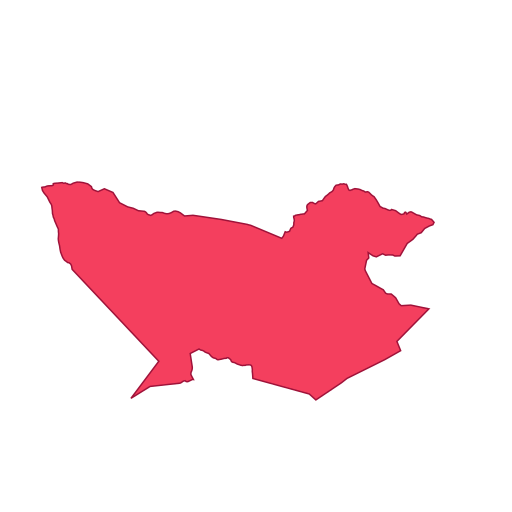 Santiago Atitlán, Oaxaca, Mexico, rotated 154°
{"feature_id": "50627088B29735137627697", "entity_name": "Santiago Atitlán", "entity_type": "district", "adm_level": 2, "iso_a3": "MEX", "parent_name": "Mexico", "parent_adm1": "Oaxaca", "projection": "robinson", "projection_center": [-95.925, 17.09], "detail": "fine", "context": "isolated", "style": "filled", "palette": "rose", "viewbox_px": 512, "rotation_deg": 154, "n_neighbors": 0, "source": "geoboundaries", "source_scale": "gbopen_adm2", "svg_char_len": 4185}
<svg xmlns="http://www.w3.org/2000/svg" viewBox="0 0 512 512"><g transform="rotate(154 256 256)"><path d="M172.7,276.8L174.0,277.1L175.9,277.7L177.5,277.2L179.5,276.7L180.5,277.5L181.8,279.4L183.8,280.3L187.2,279.6L188.4,278.6L189.0,277.4L189.5,275.8L189.7,274.5L190.8,274.0L194.1,272.6L195.1,273.1L196.6,273.5L197.5,273.9L199.1,274.2L200.1,274.6L202.8,275.3L203.6,275.0L204.7,275.3L205.3,273.9L205.4,272.8L206.2,270.7L207.3,269.5L208.4,267.4L210.3,265.7L212.1,265.7L212.7,265.5L215.0,263.5L216.8,263.7L218.2,264.0L219.1,265.0L220.9,263.4L222.8,261.7L224.4,261.0L225.1,260.6L247.3,285.9L249.4,287.6L249.7,288.0L271.1,304.0L288.9,316.2L294.8,320.2L302.7,323.3L305.1,328.0L306.6,330.0L308.7,331.7L310.3,332.3L313.2,332.1L315.6,332.3L317.6,333.0L319.5,334.4L321.1,336.1L323.2,337.2L324.6,338.1L325.9,338.7L327.3,338.8L328.0,338.9L329.1,339.0L330.4,338.8L331.5,338.6L332.8,338.6L333.7,339.5L334.5,340.2L335.3,341.3L335.5,342.8L335.9,343.9L336.6,345.0L341.9,348.3L345.4,352.7L349.8,356.4L355.3,363.7L356.7,375.8L362.8,382.9L369.7,383.1L370.9,384.3L372.1,385.5L372.8,386.4L373.4,387.2L373.8,388.5L373.7,389.5L373.5,390.5L375.6,394.6L379.3,397.8L382.0,399.6L384.5,400.9L388.4,401.6L389.7,401.5L391.0,401.4L391.8,401.8L393.3,402.7L393.7,403.7L394.4,404.0L395.4,405.3L396.9,405.6L398.0,406.9L401.3,408.1L402.4,408.5L403.8,409.1L405.4,409.7L406.5,409.9L407.0,408.8L407.7,408.5L408.9,408.8L410.0,409.3L412.2,410.2L413.4,410.5L415.4,410.6L417.2,411.3L418.5,411.6L419.2,408.5L418.9,405.5L418.4,403.5L417.7,400.7L417.7,397.9L417.7,394.9L417.4,392.4L417.5,390.8L418.4,388.3L419.2,385.9L420.3,383.4L420.6,381.6L421.1,379.8L421.1,377.8L421.5,376.0L421.6,373.5L421.7,371.6L421.8,369.8L421.8,366.9L423.0,364.3L423.6,362.6L424.6,360.8L426.2,358.1L426.8,356.5L427.3,354.8L428.1,351.2L429.2,347.8L429.9,345.1L430.1,342.9L430.3,340.4L430.3,338.6L429.9,336.1L429.0,334.5L428.1,332.6L427.0,331.9L426.1,330.1L426.1,328.0L427.1,324.6L419.4,299.9L389.5,204.0L423.1,186.8L430.8,182.9L408.4,185.2L380.0,175.0L378.4,175.0L377.6,175.2L376.2,175.4L374.4,175.0L373.9,173.9L373.1,173.2L372.0,172.9L369.8,172.9L367.2,172.9L366.4,172.4L366.5,176.6L366.4,178.4L365.3,180.0L364.0,181.1L362.8,182.5L362.0,184.0L357.9,197.2L348.0,197.4L347.0,195.8L345.3,194.4L344.5,193.3L343.9,192.0L343.2,191.2L342.1,190.0L341.2,189.2L340.7,187.6L340.4,186.2L339.9,184.8L339.2,183.5L338.5,182.7L337.8,182.2L337.0,181.4L336.4,180.1L335.7,179.4L333.5,178.8L332.5,178.5L329.5,177.9L328.8,177.6L327.5,177.1L326.6,177.3L325.3,176.5L325.1,175.8L324.6,174.9L324.2,173.9L324.3,172.1L324.0,171.3L323.3,170.5L322.6,170.1L321.7,169.2L321.4,168.8L320.6,167.6L320.0,166.9L319.2,166.1L318.7,165.7L317.8,164.7L316.1,163.4L314.9,163.1L313.8,162.5L312.4,162.3L310.5,161.5L309.0,160.7L308.2,159.7L308.2,158.2L309.0,155.7L310.0,153.8L310.5,152.3L311.0,151.0L311.4,150.0L312.5,147.3L268.6,108.6L265.3,100.4L234.8,104.6L227.8,106.1L185.8,106.4L167.5,107.5L166.8,117.5L123.8,132.7L138.4,144.0L147.3,147.7L148.4,150.4L148.8,157.2L151.1,162.5L154.6,164.3L155.8,165.7L156.4,169.8L163.9,180.5L164.2,194.8L163.9,196.7L158.5,203.7L155.5,204.8L153.7,209.9L150.7,204.8L148.2,202.5L141.2,202.5L139.2,199.9L136.6,199.0L132.7,197.0L131.2,195.1L126.4,193.0L114.6,201.0L107.7,202.2L103.1,204.1L101.5,204.9L97.3,204.5L92.3,206.8L86.9,207.0L83.3,206.6L81.2,208.2L82.2,212.0L83.2,212.8L84.2,214.0L85.4,214.9L87.0,216.3L88.3,217.6L89.9,218.6L91.1,220.6L93.0,222.1L93.7,222.7L96.7,227.1L97.4,227.8L99.1,228.2L102.1,227.6L102.1,228.8L102.3,229.8L103.4,230.0L104.2,229.1L105.4,229.1L107.4,229.7L108.2,230.9L109.2,232.7L110.6,235.5L113.8,238.4L114.8,238.0L116.2,238.6L117.6,240.1L119.1,242.0L120.4,243.0L120.9,243.3L121.9,244.9L122.8,246.0L122.9,247.7L123.0,250.0L123.3,253.8L123.9,257.6L124.6,258.7L125.4,260.2L126.1,262.3L126.7,263.9L127.6,264.9L129.7,265.5L130.7,267.2L132.0,268.4L133.2,270.0L134.7,271.3L137.6,273.2L139.8,273.5L140.6,273.4L141.9,273.7L142.8,273.7L143.6,274.7L143.6,276.4L143.3,278.6L143.3,280.8L144.4,281.3L145.4,282.4L147.0,282.8L148.7,283.8L150.4,283.7L153.0,284.5L154.8,283.8L156.0,283.0L157.7,281.3L159.4,280.6L162.2,280.4L163.6,279.9L165.7,279.4L167.5,279.1L169.6,278.0L172.1,276.6L172.7,276.8Z" fill="#f43f5e" stroke="#9f1239" stroke-width="1.5"/></g></svg>